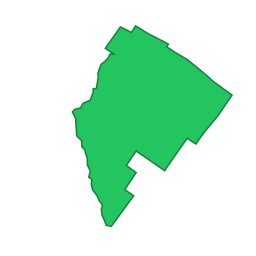 the district of Ilópolis, Rio Grande do Sul, Brazil, rotated 306°
{"feature_id": "56859067B77513058167029", "entity_name": "Ilópolis", "entity_type": "district", "adm_level": 2, "iso_a3": "BRA", "parent_name": "Brazil", "parent_adm1": "Rio Grande do Sul", "projection": "mercator", "projection_center": [-52.146, -28.929], "detail": "fine", "context": "isolated", "style": "filled", "palette": "green", "viewbox_px": 256, "rotation_deg": 306, "n_neighbors": 0, "source": "geoboundaries", "source_scale": "gbopen_adm2", "svg_char_len": 890}
<svg xmlns="http://www.w3.org/2000/svg" viewBox="0 0 256 256"><g transform="rotate(306 128 128)"><path d="M205.3,62.4L179.1,62.8L179.5,73.1L177.2,70.0L172.4,70.8L167.9,70.0L163.6,68.8L154.7,71.4L151.7,73.9L141.7,79.1L139.1,76.8L136.3,78.9L128.2,81.1L121.7,77.1L116.4,77.8L111.8,73.9L108.3,73.6L105.0,79.9L91.5,91.1L90.4,98.2L85.6,101.8L85.0,105.9L82.3,108.8L80.0,112.4L74.1,117.0L71.1,122.8L65.1,125.1L65.2,128.8L60.9,131.4L57.0,135.9L55.2,142.5L52.4,147.2L50.5,152.7L46.4,154.2L42.2,158.3L39.4,163.2L36.4,167.7L38.7,172.3L76.5,172.4L76.3,161.6L96.7,160.8L96.7,148.6L114.1,148.1L114.5,161.0L115.0,182.7L121.5,182.5L154.5,181.9L154.7,188.1L154.9,192.3L169.6,192.2L190.7,193.6L215.8,192.8L215.8,169.0L216.7,161.2L217.7,146.1L218.2,135.5L216.9,121.8L216.4,111.6L219.6,111.4L217.8,99.1L216.2,89.1L215.1,74.1L207.3,74.6L205.3,62.4Z" fill="#22c55e" stroke="#15803d" stroke-width="1.5"/></g></svg>